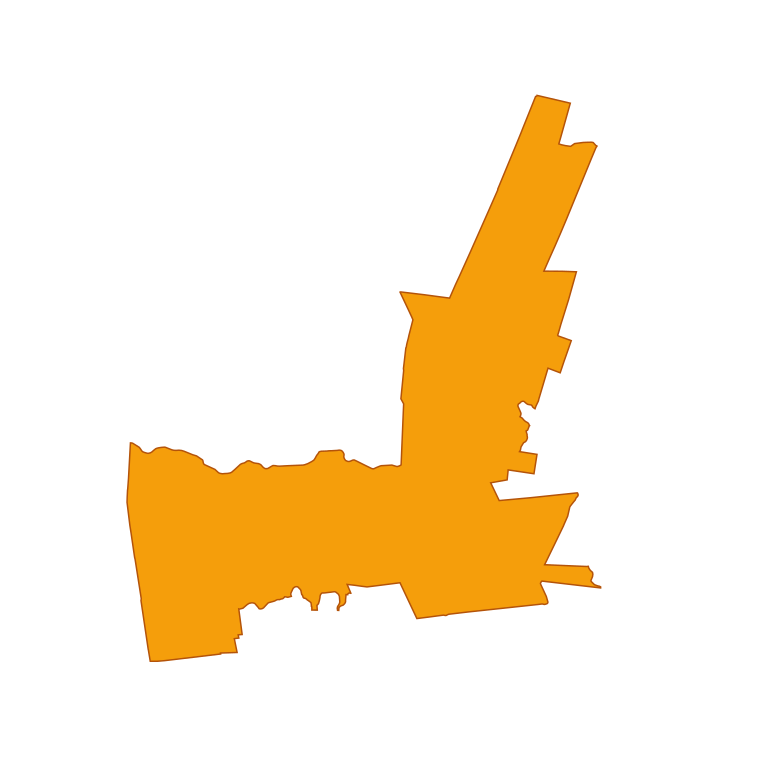 outline of Ciresu, Braila, Romania, rotated 188°
{"feature_id": "2599482B19299751639554", "entity_name": "Ciresu", "entity_type": "district", "adm_level": 2, "iso_a3": "ROU", "parent_name": "Romania", "parent_adm1": "Braila", "projection": "robinson", "projection_center": [27.398, 44.954], "detail": "fine", "context": "isolated", "style": "filled", "palette": "amber", "viewbox_px": 768, "rotation_deg": 188, "n_neighbors": 0, "source": "geoboundaries", "source_scale": "gbopen_adm2", "svg_char_len": 6126}
<svg xmlns="http://www.w3.org/2000/svg" viewBox="0 0 768 768"><g transform="rotate(188 384 384)"><path d="M272.6,691.1L272.6,690.9L272.7,690.5L273.0,690.2L273.4,689.9L273.9,689.8L282.2,656.3L283.2,652.1L286.6,638.7L291.0,621.7L298.5,592.7L298.3,592.2L304.8,569.1L309.1,554.0L316.8,527.0L324.4,501.0L327.0,492.5L331.0,478.2L340.7,478.1L356.7,478.0L380.3,477.5L380.9,477.2L380.1,476.0L370.0,460.6L365.6,453.8L364.3,451.6L366.1,435.5L366.3,432.6L366.7,429.4L367.0,426.4L367.1,423.4L367.4,422.8L367.0,407.3L366.9,402.0L366.4,400.1L365.2,371.7L361.8,367.1L355.8,306.3L356.7,305.5L357.8,304.8L359.4,304.1L360.1,304.1L364.9,304.8L375.4,302.7L376.5,302.2L380.1,300.1L381.9,298.9L382.8,298.5L383.8,298.5L384.8,298.7L392.5,301.2L399.9,303.7L402.8,304.6L403.7,304.5L404.5,304.2L406.6,302.9L407.8,302.4L409.0,302.3L410.3,302.6L411.3,302.9L412.2,303.7L412.8,304.5L413.3,305.3L413.7,306.4L413.7,307.9L413.8,308.8L414.2,309.6L415.1,310.8L416.5,312.0L417.5,312.3L419.1,312.3L421.2,311.7L426.2,310.7L429.1,310.2L431.5,309.6L436.7,308.7L438.1,308.2L439.0,307.5L439.4,306.2L440.7,304.0L441.9,300.8L442.9,298.8L444.7,297.2L448.3,294.6L451.3,293.0L453.0,292.4L467.8,289.7L476.0,288.1L478.0,287.9L480.6,288.0L482.6,287.8L483.9,286.9L487.0,284.4L487.8,284.0L488.7,283.8L489.7,283.7L490.4,283.8L492.1,284.7L494.7,286.9L495.7,287.3L497.1,287.7L500.8,287.7L502.1,287.8L503.8,288.3L505.5,288.9L506.6,289.2L507.9,289.0L509.0,288.5L510.3,287.2L511.4,286.4L513.5,285.5L515.0,284.5L519.8,278.6L522.6,275.4L524.0,274.5L526.4,273.7L529.5,273.1L531.5,272.6L534.1,272.7L534.9,272.9L535.8,273.3L539.5,275.9L550.6,279.2L551.3,279.7L551.9,280.6L552.7,282.9L553.2,283.6L559.6,286.7L563.5,287.3L572.7,289.6L575.2,290.0L577.9,289.9L580.7,289.3L582.9,289.1L584.9,289.3L591.6,290.9L592.7,290.9L595.8,290.2L598.1,289.5L599.7,288.9L601.1,288.1L602.8,286.3L604.4,284.4L605.8,283.3L607.9,282.5L609.1,282.5L611.8,282.9L613.4,283.3L614.5,284.0L616.0,285.7L617.5,287.2L624.7,290.4L626.3,290.5L626.9,290.4L623.9,255.2L623.2,244.7L623.2,243.1L622.6,236.6L622.0,231.1L616.0,208.7L613.7,201.1L606.8,177.5L606.1,175.8L594.5,137.6L594.5,135.7L580.5,88.2L580.4,88.1L576.9,76.9L569.8,77.9L563.7,79.3L563.2,79.4L508.2,93.9L508.5,94.8L492.1,97.7L496.8,111.0L492.4,112.2L493.5,115.3L489.6,116.2L496.5,141.0L496.0,140.9L492.5,142.3L488.9,146.4L488.0,147.2L487.0,148.0L484.9,148.8L483.5,149.0L482.4,148.9L481.4,148.7L477.5,145.3L476.5,144.2L476.2,144.0L474.7,144.1L473.2,144.7L472.1,145.6L471.2,146.9L469.1,149.9L468.4,150.9L467.9,151.3L466.9,151.8L463.8,153.1L462.1,153.9L461.1,154.6L460.4,155.2L459.8,155.5L458.7,155.8L457.5,155.9L456.9,156.2L456.3,156.6L454.4,157.3L453.4,158.4L452.7,159.5L451.2,159.5L449.6,159.4L446.2,160.8L447.0,162.5L447.1,163.7L446.9,164.6L445.6,168.9L445.4,169.1L445.2,169.4L444.4,170.3L443.4,170.9L442.7,171.1L441.3,171.2L438.8,169.3L438.0,168.6L437.5,167.8L437.1,166.6L436.4,164.6L436.1,164.0L435.4,163.5L434.9,162.6L434.4,161.5L434.2,161.3L433.6,160.9L433.3,160.8L432.3,160.8L430.8,160.2L430.1,159.6L429.8,159.4L429.4,159.3L426.6,157.8L425.8,157.1L425.1,154.7L425.1,153.9L424.7,153.6L424.6,153.4L424.3,152.3L424.0,150.1L418.6,150.8L419.6,155.5L419.2,156.0L418.8,156.5L418.5,157.1L418.3,157.5L417.9,160.2L417.8,161.7L417.7,163.5L417.8,165.1L417.7,165.6L417.5,166.8L417.0,167.5L416.6,168.1L416.4,168.3L415.9,168.5L413.9,168.8L410.2,169.8L407.5,170.5L404.3,171.4L403.6,171.4L402.9,171.3L400.9,170.1L400.2,169.7L399.6,169.1L399.1,168.3L398.6,167.4L397.7,163.2L397.5,162.2L397.5,160.8L398.3,158.5L398.9,157.4L399.0,156.9L399.1,155.5L398.5,153.4L397.3,153.5L397.4,155.1L397.4,156.5L396.2,158.0L393.6,159.4L392.7,160.6L392.3,161.2L391.9,162.3L391.8,162.7L391.8,163.6L392.0,164.5L392.1,166.3L392.3,170.2L390.6,170.3L390.6,171.1L390.4,171.4L390.1,171.7L389.7,172.0L389.1,172.2L388.5,172.3L387.9,172.1L387.7,172.2L392.6,180.4L385.4,180.6L378.2,180.6L372.6,180.7L362.5,183.4L340.5,189.4L318.8,156.3L305.9,159.8L293.0,163.4L291.0,163.3L289.9,163.6L289.1,164.3L287.9,165.0L269.2,169.9L200.8,187.1L197.1,188.1L196.2,188.2L194.8,188.0L194.2,188.1L193.0,188.6L191.9,189.2L191.5,189.7L191.3,190.8L193.7,196.2L201.3,208.0L201.2,209.2L200.2,210.8L141.1,212.2L141.2,213.2L142.4,213.7L144.1,213.8L146.5,214.3L147.7,214.6L150.8,216.9L151.5,217.5L151.7,218.3L150.7,222.3L150.7,224.7L151.3,226.5L153.4,227.9L154.5,228.9L155.7,230.4L156.3,231.9L157.9,231.5L173.0,230.0L199.8,227.4L199.6,228.0L190.5,256.1L186.4,268.9L186.4,269.2L183.7,278.7L182.9,288.1L182.5,289.0L179.9,293.5L178.5,295.7L178.0,297.6L177.6,298.4L176.9,299.2L176.5,300.0L176.3,300.8L176.4,301.5L176.8,302.4L177.2,303.0L177.5,303.1L223.4,291.7L253.7,284.6L264.6,301.0L248.7,306.2L249.1,316.2L223.0,316.0L222.7,335.6L240.4,335.9L239.7,337.5L239.6,340.2L239.4,341.1L237.6,345.3L236.2,346.3L235.7,346.8L235.0,348.1L234.6,349.7L234.5,350.6L234.6,350.9L234.6,351.3L235.1,352.7L235.2,353.1L235.2,353.5L235.3,354.0L235.9,355.2L236.5,356.5L236.6,357.0L236.6,357.6L236.2,357.7L235.8,357.9L235.5,358.1L235.2,358.8L234.5,362.0L234.4,362.5L234.0,363.0L234.5,363.4L234.8,364.2L235.2,364.7L235.8,365.3L236.2,365.6L237.4,366.1L238.5,366.5L239.0,366.8L240.4,367.7L241.9,369.0L242.1,369.3L242.5,369.5L244.1,370.2L244.8,370.5L244.4,371.5L244.2,373.1L244.2,373.6L244.4,374.2L244.6,374.7L245.5,376.2L247.2,378.9L248.2,380.5L248.4,381.1L248.3,382.1L248.3,382.5L247.9,383.1L247.0,383.8L246.1,385.0L245.4,385.7L244.8,386.0L244.3,386.2L243.6,386.3L243.0,386.2L242.7,386.1L240.6,384.7L239.9,384.3L239.1,384.0L238.5,383.8L237.9,383.8L235.5,383.7L234.8,383.5L234.4,383.1L233.9,382.3L233.4,381.8L231.6,380.7L231.0,380.5L230.5,383.1L228.8,388.5L228.6,389.9L228.6,390.5L226.4,405.1L223.8,422.5L211.1,419.6L210.5,422.7L208.9,431.4L207.7,437.3L204.6,453.0L218.0,455.8L218.4,456.1L218.7,456.4L218.8,456.6L218.4,458.7L217.3,466.6L217.3,466.8L213.0,492.9L209.1,521.9L223.4,520.4L241.4,518.0L237.5,531.9L233.8,544.7L230.0,558.5L226.3,572.4L210.0,636.2L207.0,647.6L206.2,649.1L206.2,649.3L206.6,649.5L207.3,649.6L210.4,652.2L211.4,652.3L212.2,652.3L216.0,651.7L220.4,650.9L228.7,648.6L231.8,645.7L232.2,645.4L232.5,645.3L237.6,645.3L241.4,645.6L244.3,646.1L243.4,652.3L238.6,688.0L272.6,691.1Z" fill="#f59e0b" stroke="#b45309" stroke-width="1.5"/></g></svg>